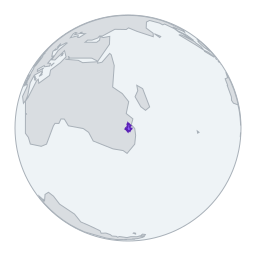 the Earth from above Mpumalanga, rotated 315°
{"feature_id": "ZAF-1209", "entity_name": "Mpumalanga", "entity_type": "Province", "adm_level": 1, "iso_a3": "ZAF", "parent_name": "South Africa", "parent_adm1": "", "projection": "orthographic", "projection_center": [29.909, -25.737], "detail": "fine", "context": "on_globe", "style": "filled", "palette": "violet", "viewbox_px": 256, "rotation_deg": 315, "n_neighbors": 0, "source": "natural_earth", "source_scale": "10m", "svg_char_len": 6391}
<svg xmlns="http://www.w3.org/2000/svg" viewBox="0 0 256 256"><g transform="rotate(315 128 128)"><circle cx="128" cy="128" r="113" fill="#eef3f6" stroke="#a8b0b8"/><path d="M16.1,114.9L17.0,113.1L17.2,116.3L16.9,119.6L17.6,118.7L17.6,120.4L22.4,116.3L26.3,117.2L27.1,123.5L25.8,133.5L29.3,151.0L28.2,161.1L31.1,168.3L35.6,180.9L34.6,183.4L38.1,186.7L40.1,190.9L40.3,193.1L43.1,196.3L43.4,197.9L45.2,198.7L49.7,204.7L53.2,206.9L57.6,211.4L59.9,212.5L60.0,213.1L61.2,214.4L62.7,215.4L61.4,215.9L56.3,212.8L53.4,210.2L53.5,210.8L46.8,204.3L48.4,206.3L40.7,198.4L34.8,190.5L23.8,170.7L21.0,163.1L18.7,155.3L17.0,147.3L15.9,139.3L15.4,131.2L15.5,123.0L16.1,114.9ZM65.0,215.6L62.1,216.3L63.1,215.6L60.4,213.1L63.2,213.3L65.0,215.6ZM58.4,208.4L57.3,206.1L58.0,206.2L59.0,207.8L58.4,208.4ZM119.3,15.7L117.2,15.9L116.0,16.1L117.2,16.1L112.8,17.3L109.3,17.9L108.9,17.2L103.9,18.2L105.7,17.6L105.8,17.6L119.3,15.7ZM133.8,15.5L134.1,15.5L142.3,16.3L150.5,17.6L158.5,19.6L166.4,22.1L174.0,25.2L181.5,28.9L188.6,33.0L195.4,37.7L201.8,42.9L207.9,48.6L213.5,54.6L218.6,61.1L223.3,67.9L227.4,75.1L231.0,82.5L230.6,81.5L230.9,82.6L235.7,95.7L236.4,98.6L235.7,100.5L235.3,98.2L231.1,88.3L232.0,94.7L235.2,104.0L236.4,112.5L234.7,107.6L233.3,100.1L231.8,96.4L231.0,90.6L227.4,80.4L225.5,79.6L224.5,76.2L219.3,67.2L216.0,66.1L211.5,70.2L212.8,78.8L210.4,81.3L202.7,66.0L199.2,57.6L196.4,57.1L188.5,48.9L174.8,44.8L172.9,42.8L170.3,43.0L164.7,40.4L161.6,37.3L158.3,37.0L166.4,45.2L170.0,45.8L172.9,43.7L174.5,46.6L179.9,50.3L174.1,55.7L153.8,59.4L151.8,53.0L136.2,37.3L136.6,35.8L136.6,35.6L136.4,35.3L135.0,37.7L132.3,35.1L140.7,45.0L142.1,49.7L153.5,59.8L152.4,60.7L156.1,63.1L167.8,62.3L167.9,64.4L162.4,74.1L146.1,88.2L148.3,99.7L147.1,109.9L137.0,116.5L137.9,125.0L132.7,128.0L132.4,133.1L128.2,138.6L121.3,144.2L109.4,145.3L108.6,140.5L102.6,132.1L94.2,112.6L97.1,103.2L96.0,96.8L87.4,84.3L89.3,76.7L87.0,74.2L82.3,75.9L79.7,73.1L76.8,73.7L59.0,81.8L53.7,79.6L47.6,70.3L50.9,64.2L51.7,59.2L74.5,36.5L79.1,35.7L96.8,30.0L99.0,30.1L96.6,33.3L109.7,35.4L114.2,32.3L126.3,34.0L134.5,33.9L137.8,28.4L124.4,28.2L122.3,25.8L133.3,23.8L145.0,24.9L144.6,24.0L137.3,21.7L140.2,20.7L134.9,21.0L136.9,21.8L133.6,22.2L131.5,21.5L132.6,21.0L129.1,20.7L124.8,23.4L126.4,24.5L117.1,25.4L118.9,27.5L116.3,28.7L112.3,25.7L112.9,24.6L105.3,22.6L103.9,23.9L110.9,25.9L108.7,25.9L106.8,28.1L106.4,26.5L99.1,24.4L90.9,26.8L80.1,34.1L75.3,36.1L71.5,36.6L75.8,31.1L85.9,27.4L87.6,25.9L85.9,25.2L89.1,24.3L89.6,23.7L93.5,22.6L99.2,20.3L103.1,19.4L105.7,18.1L108.1,17.6L105.9,18.4L106.5,18.7L116.3,17.5L118.3,17.1L119.2,16.4L121.8,16.4L121.4,16.0L127.2,15.7L119.8,15.8L120.6,15.6L122.3,15.5L133.8,15.5ZM66.5,45.6L65.8,47.0L66.5,45.6ZM157.5,29.5L164.5,31.1L161.3,27.6L163.7,28.0L161.7,26.8L161.0,27.3L156.1,24.3L159.1,24.3L158.3,23.2L155.9,22.7L151.1,23.4L158.1,27.5L156.5,28.4L157.5,29.5ZM88.8,22.6L90.0,22.3L88.4,23.1L83.4,25.0L85.7,23.8L88.8,22.6ZM92.1,21.8L93.0,21.0L96.1,20.0L94.2,20.6L96.2,20.0L93.6,21.0L95.7,21.2L94.4,21.9L85.9,24.6L89.4,23.2L88.0,23.4L92.1,21.8ZM101.6,28.6L103.3,28.5L106.0,28.0L104.9,29.5L101.6,28.6ZM96.5,27.2L98.0,26.7L97.8,28.3L96.0,28.6L96.5,27.2ZM99.1,25.3L98.2,26.6L97.6,26.1L99.1,25.3ZM107.4,18.1L109.1,17.8L108.1,18.2L107.4,18.1ZM135.4,29.2L133.0,30.2L131.8,29.7L132.9,29.4L135.4,29.2ZM118.1,29.3L122.0,29.8L117.8,29.7L118.1,29.3ZM174.9,179.0L175.2,181.3L173.6,180.9L174.9,179.0ZM166.2,110.5L158.2,128.4L152.9,127.9L152.1,122.0L155.1,110.9L161.3,108.5L164.4,104.0L166.2,110.5ZM239.1,144.1L238.9,146.3L238.8,146.7L239.1,144.1ZM239.3,140.5L239.3,142.7L239.1,141.3L239.3,140.5ZM239.3,143.6L239.3,144.7L239.4,144.8L239.2,145.7L239.3,143.6ZM239.1,139.2L237.3,131.9L236.3,127.9L236.8,126.8L238.5,131.7L239.1,139.2ZM236.7,126.5L234.7,117.4L229.9,98.0L231.7,100.1L236.2,114.3L236.0,115.4L237.2,121.8L236.7,126.5ZM240.3,119.3L240.3,120.1L240.6,125.6L240.4,127.8L240.1,131.9L239.4,127.5L238.9,125.0L238.6,118.0L238.8,115.8L239.3,117.3L239.7,113.7L240.3,119.3ZM213.3,79.9L215.9,86.4L214.4,86.5L213.3,79.9ZM233.1,87.5L233.2,87.8L232.8,86.7L232.2,85.3L232.4,85.7L233.1,87.5ZM200.9,213.9L201.3,213.5L204.5,210.7L200.9,213.9ZM209.4,205.9L211.0,204.1L216.3,198.0L216.0,198.2L218.0,195.7L216.8,197.2L219.9,192.9L222.1,189.3L220.1,185.0L220.8,181.6L223.1,179.1L228.5,167.6L228.5,168.6L231.5,161.9L234.0,162.9L236.6,157.7L236.2,159.3L233.3,167.9L229.8,176.2L225.6,184.2L220.8,191.9L215.4,199.1L209.4,205.9ZM238.7,149.0L238.7,148.6L238.7,149.0ZM240.0,140.3L240.5,133.6L240.1,138.2L240.1,137.1L240.5,132.0L240.6,127.7L240.0,140.3Z" fill="#d9dde1" stroke="#a8b0b8" stroke-width="1"/><path d="M131.5,124.9L131.7,125.3L131.7,125.6L131.7,127.3L131.7,127.5L131.7,127.8L131.5,128.1L131.6,128.5L131.4,128.5L130.7,128.0L130.1,128.4L130.1,128.5L129.9,128.9L129.6,129.3L129.5,129.5L129.5,129.9L129.6,130.1L129.8,130.2L129.8,130.3L129.8,130.5L130.0,130.7L130.1,130.9L130.3,131.0L130.2,131.1L129.9,131.2L129.7,131.1L129.4,131.1L129.2,131.1L128.9,131.1L128.7,131.0L128.4,131.2L128.2,131.2L127.9,131.2L127.9,131.3L127.7,131.4L127.6,131.5L127.4,131.3L127.4,131.2L127.2,131.1L127.1,130.9L127.0,131.0L127.0,130.9L126.9,130.9L126.7,130.8L126.6,130.7L126.4,130.5L126.2,130.6L125.9,130.4L125.7,130.4L125.7,130.5L125.8,130.5L125.7,130.5L125.5,130.4L125.4,130.5L125.4,130.4L125.2,130.4L125.2,130.2L125.3,130.1L125.3,129.9L125.5,129.8L125.5,129.7L125.8,129.6L126.0,129.5L126.0,129.4L126.1,129.2L125.9,129.2L125.7,129.1L125.6,128.9L125.5,128.7L125.9,128.5L126.0,128.5L126.2,128.3L126.3,128.3L126.3,128.2L126.3,127.9L126.5,127.7L126.4,127.6L126.2,127.6L126.1,127.8L125.9,127.8L125.7,127.6L125.7,127.4L125.8,127.3L125.7,127.2L125.9,127.1L126.0,127.0L125.9,126.8L125.7,126.9L125.5,127.0L125.4,127.0L125.2,127.0L125.2,126.9L125.3,126.9L125.5,126.8L125.5,126.7L125.8,126.5L125.9,126.4L126.0,126.4L126.3,126.4L126.2,126.5L126.3,126.6L126.5,126.7L126.6,126.8L126.5,127.0L126.6,127.3L126.8,127.4L127.0,127.3L127.3,127.4L127.5,127.3L127.8,127.3L128.0,127.2L128.2,126.8L128.1,126.7L128.3,126.8L128.4,126.6L128.5,126.6L128.5,126.4L128.8,126.3L129.0,126.5L129.1,126.4L129.3,126.3L129.3,126.2L129.4,125.9L129.5,125.7L129.9,125.6L130.0,125.7L130.3,125.7L130.3,125.4L130.3,125.5L130.2,125.3L130.4,125.3L130.3,125.2L130.2,125.2L130.1,124.9L130.2,124.7L130.3,124.7L130.4,124.8L130.5,124.8L130.5,124.7L130.5,124.8L130.6,124.7L130.8,124.6L131.0,124.7L131.3,124.7L131.5,124.5L131.5,124.9L131.5,124.9Z" fill="#8b5cf6" stroke="#5b21b6" stroke-width="1.5"/></g></svg>